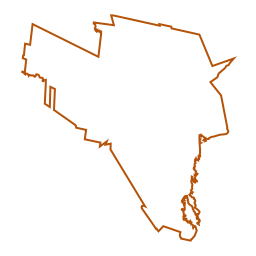 outline of Padilla, Tamaulipas, Mexico
{"feature_id": "50627088B25570843702160", "entity_name": "Padilla", "entity_type": "district", "adm_level": 2, "iso_a3": "MEX", "parent_name": "Mexico", "parent_adm1": "Tamaulipas", "projection": "equal_earth", "projection_center": [-98.825, 23.979], "detail": "fine", "context": "isolated", "style": "outline", "palette": "amber", "viewbox_px": 256, "rotation_deg": 0, "n_neighbors": 0, "source": "geoboundaries", "source_scale": "gbopen_adm2", "svg_char_len": 5821}
<svg xmlns="http://www.w3.org/2000/svg" viewBox="0 0 256 256"><path d="M32.6,24.1L30.1,44.8L25.1,43.7L23.9,55.3L23.1,55.5L22.8,58.2L26.2,59.5L24.8,72.3L22.4,71.6L22.2,72.0L23.8,72.9L24.7,72.8L24.7,74.0L25.0,74.2L25.0,73.8L25.9,73.5L26.8,73.6L27.4,73.9L27.4,74.3L28.0,74.4L28.5,74.7L28.8,75.8L29.5,75.0L30.0,75.0L30.5,75.4L33.3,75.4L33.8,75.7L34.1,76.5L34.6,76.7L35.1,76.6L35.6,76.1L36.1,74.6L36.9,74.2L38.9,75.3L39.4,76.7L40.0,77.6L40.9,77.8L41.9,77.7L42.8,78.3L43.1,79.2L42.6,80.3L42.7,81.1L43.3,81.1L43.4,80.0L43.6,79.9L44.9,80.3L45.8,79.9L45.8,83.6L44.8,103.7L49.8,107.0L50.4,86.8L54.9,89.0L54.0,110.0L75.7,125.3L76.2,127.7L86.1,129.9L84.8,139.3L100.4,142.6L99.9,146.5L106.8,141.4L105.5,144.7L110.7,143.6L110.5,149.7L110.8,150.0L112.4,152.6L145.0,206.3L143.9,205.8L142.0,205.9L141.8,206.2L141.6,207.6L141.8,207.9L141.8,208.3L151.4,222.0L156.2,229.0L156.6,228.7L158.5,231.3L163.3,226.2L180.4,232.1L179.8,235.4L180.4,237.3L181.0,237.7L181.3,238.1L181.2,238.6L190.6,240.6L191.1,239.5L191.4,239.6L192.6,238.1L194.6,235.9L196.7,230.6L195.6,227.0L195.2,227.2L194.9,227.1L194.8,226.8L195.1,226.3L194.7,226.1L193.6,226.6L193.1,227.8L192.9,227.3L193.8,225.8L191.4,224.2L190.8,223.1L191.5,222.6L191.5,222.3L191.0,222.1L190.8,222.8L190.6,222.1L190.3,223.0L189.9,223.0L189.2,222.2L189.4,221.5L188.8,221.9L188.4,221.6L188.3,222.0L188.4,222.3L188.1,222.5L187.5,221.3L187.3,221.6L186.4,220.9L185.9,220.1L185.9,219.4L187.0,219.3L186.7,219.2L186.5,218.8L185.9,218.8L185.5,218.5L184.8,218.6L184.6,219.6L184.3,219.8L183.8,219.8L183.5,219.3L183.4,218.4L183.7,217.5L183.4,216.8L183.5,216.3L185.3,216.2L185.6,215.8L185.0,215.1L184.5,215.5L184.2,215.3L183.7,214.3L183.7,212.8L183.4,212.1L183.4,211.6L183.0,211.0L182.9,210.2L182.0,210.0L181.7,209.6L181.9,209.1L182.5,208.9L182.8,208.9L184.2,210.0L184.4,209.6L184.7,209.6L184.8,208.2L184.7,207.4L183.6,203.7L184.4,203.4L184.8,204.0L184.9,202.8L184.4,202.9L184.2,202.7L184.4,202.4L184.2,202.2L183.6,202.3L183.1,202.7L182.6,202.6L181.9,201.5L182.0,200.8L182.5,199.9L182.8,200.6L183.2,200.0L183.5,200.0L184.2,200.0L183.3,198.7L183.3,198.3L183.7,198.1L184.3,198.6L184.7,198.2L184.1,197.9L184.1,197.2L184.8,196.3L185.4,196.1L185.6,196.2L185.7,196.5L185.4,196.8L185.4,197.3L185.8,197.6L186.2,196.9L186.4,197.0L186.4,197.3L186.7,196.1L186.8,195.9L187.0,195.9L187.6,198.8L187.9,199.6L187.6,200.2L187.7,200.7L188.2,201.4L188.3,203.1L189.9,204.9L191.8,206.0L192.2,206.7L192.9,209.1L193.4,209.6L193.7,211.1L195.0,212.3L195.5,214.6L196.4,215.1L196.7,215.7L196.8,218.9L197.1,219.1L197.8,218.6L198.0,218.7L199.2,220.1L199.3,221.0L198.9,221.8L198.2,222.6L197.7,222.6L197.2,223.1L197.3,223.5L198.7,224.4L198.5,223.4L199.8,221.0L199.7,220.4L198.3,218.3L197.9,217.2L197.4,214.0L198.5,214.1L199.6,212.0L198.6,210.5L195.9,208.2L194.7,207.6L195.7,205.5L195.6,205.1L195.2,204.5L195.2,204.0L194.9,203.7L194.5,202.8L194.5,202.3L195.2,201.7L195.3,200.7L194.8,199.5L194.2,199.3L193.9,199.0L194.0,197.9L193.2,197.4L192.0,197.4L191.7,197.2L191.3,196.3L190.2,195.4L189.9,195.5L189.4,194.8L190.1,194.1L191.0,192.4L191.4,192.5L191.7,193.3L192.0,193.4L191.9,192.4L192.5,192.1L191.7,191.6L191.2,190.8L191.1,190.3L191.1,189.9L192.1,189.2L192.2,188.9L192.0,186.3L192.1,185.9L192.5,185.3L191.9,183.2L191.3,182.0L191.3,181.5L191.5,180.6L192.1,179.9L192.0,179.6L191.6,179.3L191.9,178.5L191.7,177.5L191.8,176.6L192.5,177.0L192.5,178.5L193.3,179.2L193.0,180.3L193.3,180.4L193.2,180.7L193.9,181.9L194.6,182.0L194.7,182.4L195.1,182.5L195.3,182.1L195.1,181.4L195.4,181.0L195.9,180.9L196.6,181.4L196.9,181.4L196.7,180.7L196.4,180.2L195.8,179.8L195.1,179.7L195.0,177.3L195.2,177.0L195.5,176.2L195.9,175.7L195.5,175.3L194.6,175.2L194.6,174.8L196.6,174.9L196.9,174.7L197.5,173.8L197.3,173.7L196.8,174.2L196.5,173.8L195.7,173.3L195.7,172.7L196.1,171.3L195.7,171.2L194.9,170.2L194.5,169.1L194.0,169.3L193.7,168.8L193.7,168.1L194.1,167.2L194.6,167.2L194.8,166.2L194.9,166.4L195.0,166.2L194.6,165.9L194.6,165.4L194.7,163.5L195.5,163.0L195.2,162.7L195.1,162.1L195.2,161.6L194.9,161.3L195.0,159.7L195.2,159.4L195.5,159.6L195.6,159.2L195.9,158.6L196.0,159.0L196.8,160.1L197.0,160.0L197.2,160.3L197.1,159.7L197.6,160.0L197.5,159.7L198.1,159.6L198.1,159.2L199.0,159.2L198.9,158.7L199.2,158.5L199.2,158.3L198.8,157.7L198.5,156.4L198.6,155.8L198.8,155.6L199.9,156.2L200.1,156.3L200.2,156.1L199.8,154.4L199.9,153.5L200.1,153.2L200.0,151.6L200.1,149.3L199.9,147.8L199.6,143.0L200.0,142.6L200.5,143.1L200.9,142.9L200.6,142.8L200.3,142.1L199.7,142.1L199.5,141.9L199.5,140.0L200.4,139.6L200.4,139.4L199.8,139.6L199.4,139.1L199.5,138.4L200.3,137.9L199.7,138.0L199.4,137.7L199.5,135.5L199.9,135.7L199.9,135.1L200.7,134.8L200.7,135.0L201.1,135.2L201.2,135.5L201.4,135.3L201.8,135.5L201.8,136.1L202.1,135.9L202.5,136.0L204.5,137.7L204.8,138.0L204.8,138.6L203.9,139.8L204.5,139.7L204.6,141.0L205.1,140.7L205.7,141.0L205.9,140.9L205.1,139.8L205.2,139.2L205.5,138.8L205.6,139.5L205.8,138.9L206.2,138.7L206.9,139.0L208.8,138.9L209.1,138.1L211.5,136.9L213.7,136.6L219.6,134.8L225.9,134.1L227.4,133.3L228.2,131.9L228.3,131.1L227.1,128.8L227.3,127.6L221.1,95.5L210.4,82.1L217.3,77.3L217.8,76.1L218.3,74.4L218.7,73.5L225.2,67.9L226.2,66.1L226.7,65.6L227.9,65.4L228.5,65.1L229.8,63.0L233.8,58.5L212.4,66.0L199.4,34.6L171.6,28.4L171.3,26.7L159.4,24.1L159.7,25.7L113.1,15.4L111.2,15.4L113.9,25.2L93.8,22.5L93.8,22.8L94.1,22.7L94.1,23.1L94.4,23.0L94.8,23.4L94.9,23.5L94.6,23.7L95.0,23.8L94.9,24.2L95.2,24.3L95.3,25.3L95.5,25.6L95.6,25.4L95.5,27.1L94.9,27.9L95.4,28.6L95.1,29.3L95.5,29.3L95.7,30.1L95.9,29.9L96.4,30.0L96.2,30.6L96.5,31.0L96.8,30.8L96.6,30.4L96.8,30.1L97.0,30.4L97.4,30.1L97.4,30.8L97.6,30.6L97.8,30.8L97.6,31.3L98.3,31.1L98.7,31.4L99.0,31.1L99.1,31.6L99.5,31.7L100.0,31.5L99.9,31.8L100.0,31.9L100.7,31.9L100.7,32.1L100.3,32.1L100.3,32.3L100.6,32.6L101.0,32.4L100.9,33.2L101.2,33.3L98.4,56.8L32.6,24.1Z" fill="none" stroke="#b45309" stroke-width="2"/></svg>